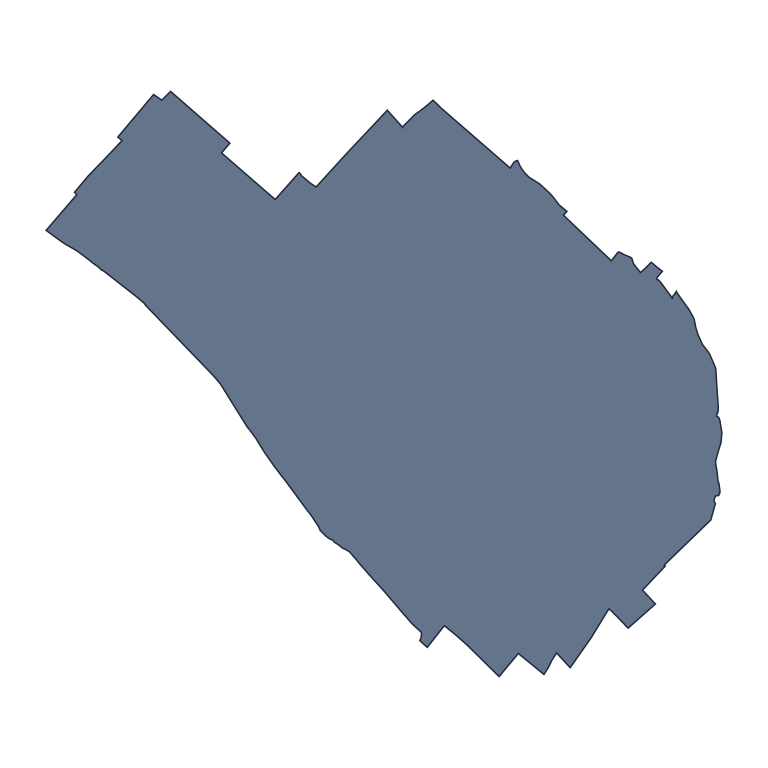 Viisoara, Botosani, Romania (orthographic projection)
{"feature_id": "2599482B94706495539971", "entity_name": "Viisoara", "entity_type": "district", "adm_level": 2, "iso_a3": "ROU", "parent_name": "Romania", "parent_adm1": "Botosani", "projection": "orthographic", "projection_center": [26.762, 48.16], "detail": "fine", "context": "isolated", "style": "filled", "palette": "slate", "viewbox_px": 768, "rotation_deg": 0, "n_neighbors": 0, "source": "geoboundaries", "source_scale": "gbopen_adm2", "svg_char_len": 3401}
<svg xmlns="http://www.w3.org/2000/svg" viewBox="0 0 768 768"><path d="M570.2,667.7L591.2,637.7L608.9,608.8L611.2,610.8L615.7,615.3L618.1,617.6L620.8,620.5L621.9,621.8L623.2,622.9L625.0,624.9L626.4,626.5L627.1,627.1L628.2,628.1L655.4,604.0L642.5,590.1L665.2,566.1L664.3,565.0L710.8,520.0L715.4,503.7L714.8,502.5L714.1,501.3L714.2,499.5L714.7,498.3L715.1,496.5L715.5,496.0L716.4,495.9L717.7,495.5L718.6,495.6L719.2,494.3L719.9,492.6L720.0,490.4L719.8,489.5L719.4,486.7L718.9,483.3L717.8,480.1L717.8,479.5L717.8,479.0L717.7,477.7L717.6,476.3L716.8,469.8L716.1,466.3L715.8,463.4L715.5,461.6L716.2,458.9L717.8,453.2L719.3,448.0L720.1,445.6L720.5,444.1L721.1,442.2L721.2,440.7L721.9,433.0L721.3,429.3L721.0,427.4L720.6,425.0L720.1,422.1L720.0,420.9L719.8,420.2L719.4,419.3L719.2,418.7L719.1,418.1L718.6,417.4L717.7,416.8L717.3,416.6L716.6,416.2L716.5,415.8L716.5,415.2L717.1,414.6L717.4,414.2L717.5,413.9L717.4,413.5L717.1,412.8L717.2,412.6L717.6,412.3L718.0,412.0L718.2,411.6L718.1,411.2L718.1,410.5L718.2,409.8L718.3,407.3L718.2,405.6L718.1,403.6L717.2,391.7L716.7,383.9L716.2,375.0L715.7,368.2L714.6,365.7L713.3,362.6L711.5,358.3L709.4,353.7L707.9,351.5L705.0,347.7L702.6,344.7L701.0,341.2L698.1,334.9L696.0,328.2L694.2,319.5L692.9,316.5L688.9,309.4L677.4,293.4L676.4,291.3L675.8,292.3L675.0,293.6L673.8,295.1L673.0,296.0L672.6,296.9L672.4,297.9L672.5,299.2L672.0,297.8L670.3,295.3L668.0,292.4L661.1,282.8L658.4,279.9L657.9,279.9L656.8,279.3L656.6,278.8L657.4,277.2L658.0,276.4L660.5,273.5L662.4,271.3L656.9,267.1L651.3,262.3L650.0,263.4L646.2,267.4L640.5,272.6L637.3,268.6L633.3,263.3L632.7,261.4L632.2,259.1L631.4,257.9L629.9,257.0L627.2,255.9L623.6,254.4L620.9,252.8L618.9,252.0L618.0,252.2L614.1,257.2L611.4,260.8L563.5,215.3L566.9,211.4L559.2,205.0L555.1,199.6L551.3,194.9L546.2,189.9L539.7,184.0L533.7,180.2L529.0,177.2L524.8,173.0L522.1,169.4L519.9,165.7L517.6,160.5L516.5,160.7L515.5,161.2L514.3,161.9L513.4,163.1L512.0,165.1L510.2,168.1L443.9,110.5L440.7,107.7L437.9,104.8L433.0,100.2L425.8,106.5L423.0,108.6L419.7,111.2L415.7,113.9L413.0,116.2L412.0,117.5L409.9,119.5L407.2,122.3L405.1,124.4L404.0,125.4L403.4,126.2L402.8,126.9L402.7,127.4L387.3,110.2L374.8,123.6L345.5,154.7L316.1,187.0L310.5,183.3L301.8,176.0L299.6,172.9L298.9,172.7L275.2,199.5L221.5,152.9L229.9,143.2L170.6,91.4L161.8,100.2L153.6,94.5L117.8,137.1L122.0,140.6L103.1,160.6L88.4,175.7L74.5,192.3L76.8,194.6L46.1,230.4L56.9,238.3L60.0,240.5L64.3,243.5L68.4,245.9L71.3,247.6L74.8,249.6L77.3,251.1L79.9,253.0L84.9,256.8L88.7,259.7L93.2,263.3L96.1,265.4L98.7,267.3L101.3,269.8L102.0,270.3L102.4,270.4L102.7,270.3L126.4,288.8L137.1,297.2L143.8,302.9L146.3,306.1L171.2,331.9L213.0,375.3L220.3,383.8L247.4,427.3L249.1,429.1L256.3,439.0L259.6,444.6L264.7,452.7L274.6,466.8L281.2,475.5L285.2,480.5L306.9,510.0L310.4,514.3L318.5,526.5L320.0,530.0L320.1,530.4L321.0,531.2L323.0,533.2L324.1,534.3L325.3,535.6L326.9,536.9L329.3,538.7L331.8,539.8L333.1,540.6L334.7,542.5L336.5,543.5L339.0,545.3L342.3,547.9L343.6,548.6L345.6,549.5L347.7,550.7L349.7,552.0L354.5,557.7L356.2,559.5L358.8,562.8L363.2,567.9L369.2,574.8L374.2,580.3L384.0,591.1L392.0,600.5L399.2,608.9L399.8,609.7L412.3,624.0L421.1,632.1L421.5,634.1L421.1,637.7L419.8,640.7L427.3,647.4L444.3,625.7L454.4,633.8L466.7,644.7L499.1,676.6L518.3,653.5L544.0,674.5L548.5,667.2L552.1,659.9L554.9,655.6L556.6,653.0L570.2,667.7Z" fill="#64748b" stroke="#1e293b" stroke-width="1.5"/></svg>